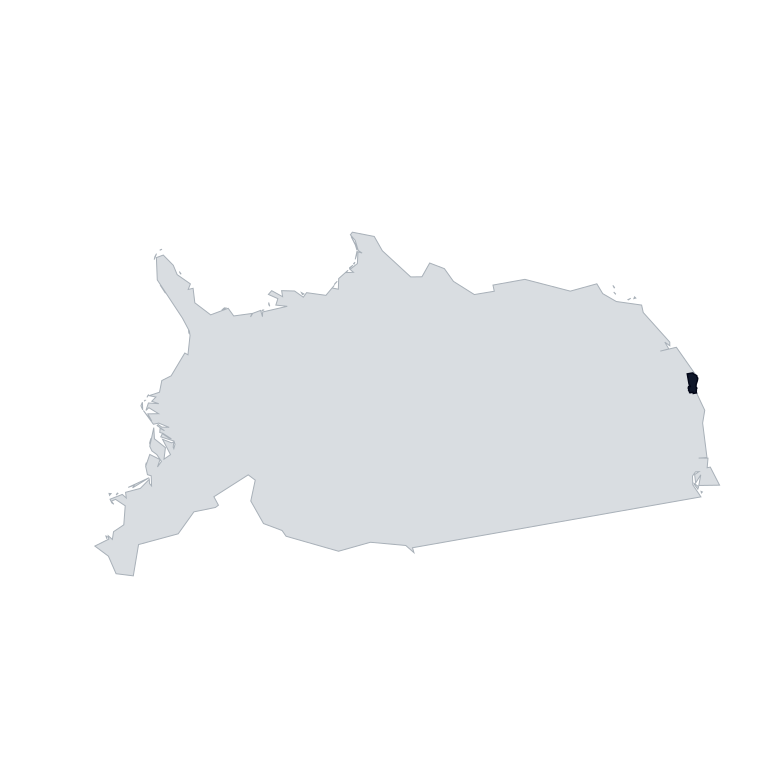 Humboldt, California, United States of America (highlighted), rotated 170°
{"feature_id": "52423323B26488914054819", "entity_name": "Humboldt", "entity_type": "district", "adm_level": 2, "iso_a3": "USA", "parent_name": "United States of America", "parent_adm1": "California", "projection": "natural_earth1", "projection_center": [-123.822, 40.734], "detail": "fine", "context": "in_parent", "style": "filled", "palette": "ink", "viewbox_px": 768, "rotation_deg": 170, "n_neighbors": 0, "source": "geoboundaries", "source_scale": "gbopen_adm2", "svg_char_len": 5304}
<svg xmlns="http://www.w3.org/2000/svg" viewBox="0 0 768 768"><g transform="rotate(170 384 384)"><path d="M612.7,272.2L653.6,268.5L664.2,238.6L680.8,243.7L685.3,262.3L696.9,274.6L682.0,279.0L681.9,282.4L678.5,278.1L676.0,285.5L664.7,290.5L660.0,309.0L668.4,317.0L672.8,316.0L671.0,312.5L672.7,314.2L673.8,318.1L660.9,320.7L657.6,316.5L657.3,322.2L642.1,323.5L631.7,330.9L632.2,326.7L630.6,324.0L629.2,334.0L632.7,335.8L633.0,344.3L626.9,355.3L617.7,348.5L621.5,341.6L616.6,346.4L620.0,354.0L624.2,358.4L625.5,363.3L618.3,381.0L619.6,369.9L610.3,359.3L613.7,348.2L606.5,351.5L611.7,368.0L603.5,363.0L601.0,363.5L602.6,358.4L602.2,356.8L600.3,360.9L600.7,364.3L613.0,370.7L610.9,373.6L605.0,367.9L602.9,366.9L610.3,373.8L613.2,375.2L612.2,379.3L608.3,376.1L614.6,382.4L613.4,383.3L610.3,380.1L603.1,378.6L612.6,384.6L618.1,384.4L625.6,399.7L619.2,387.9L621.8,395.6L611.2,393.9L619.7,401.5L623.0,399.3L619.3,406.2L609.2,403.7L615.7,407.3L610.9,410.8L617.3,413.3L606.5,414.9L602.2,426.0L592.2,429.0L574.8,449.1L572.0,446.8L566.6,465.4L566.5,469.9L571.1,484.0L589.2,525.9L586.2,548.0L579.0,549.3L570.9,537.5L568.7,527.6L557.3,516.2L560.4,511.1L555.4,511.4L556.2,496.8L542.7,482.2L524.3,485.6L520.2,477.1L501.8,476.4L503.8,473.2L500.9,476.4L492.7,477.9L492.0,471.4L491.0,476.0L465.8,477.3L476.8,480.5L473.7,486.5L482.3,492.3L478.4,495.4L468.7,487.6L468.6,493.7L455.9,491.1L448.4,483.5L444.4,487.4L425.8,481.4L415.8,489.8L418.3,487.5L412.5,485.3L410.3,495.7L399.6,502.3L402.1,500.3L394.7,499.3L397.5,502.8L389.3,507.2L386.7,518.6L382.8,516.8L386.2,519.9L387.4,530.4L391.2,536.8L388.8,539.0L368.0,531.0L362.5,515.5L339.1,484.8L328.0,483.0L318.0,495.2L304.5,487.1L297.8,473.0L279.5,456.4L259.3,456.2L259.5,462.5L227.1,462.6L184.4,443.1L157.0,445.7L152.9,435.0L140.9,424.9L116.6,417.0L116.3,409.4L95.3,375.6L95.9,372.0L100.2,376.5L97.4,369.1L106.2,368.4L89.7,369.4L75.0,337.9L77.8,321.1L72.7,302.4L77.0,290.2L78.7,255.5L87.0,256.4L77.8,254.7L80.3,245.4L77.1,245.5L71.1,226.1L91.6,229.4L87.8,239.6L94.3,232.4L93.8,240.9L89.0,243.0L92.5,243.4L96.2,239.8L97.4,231.1L91.5,217.8L384.4,217.8L383.8,212.7L390.6,221.2L424.9,230.5L457.8,227.2L506.9,251.1L509.8,257.4L526.9,267.5L535.5,291.9L527.5,311.7L533.5,318.1L571.1,302.5L568.1,293.4L571.4,291.7L593.4,291.1L612.7,272.2ZM647.4,327.7L653.9,326.6L631.5,332.5L649.6,325.4L647.4,327.7ZM93.2,226.0L96.0,231.5L95.9,232.3L92.0,228.2L93.2,226.0ZM390.8,535.0L387.5,525.7L387.4,520.5L388.1,526.0L390.8,535.0ZM683.8,279.7L684.3,282.6L683.1,282.0L683.8,279.7ZM448.8,486.2L449.5,488.4L447.3,486.6L448.8,486.2ZM126.1,425.6L128.8,424.4L129.1,424.7L126.1,425.6ZM123.1,424.7L122.1,426.3L121.1,424.9L123.1,424.7ZM667.1,321.1L665.6,322.9L665.0,322.5L667.1,321.1ZM388.7,515.6L387.4,519.8L390.7,511.7L388.7,515.6ZM583.8,512.1L587.3,520.3L583.3,511.3L583.8,512.1ZM140.5,432.4L141.8,434.7L140.3,432.6L140.5,432.4ZM587.5,549.2L585.4,551.9L588.7,546.4L587.5,549.2ZM627.2,404.8L625.1,408.0L626.1,400.4L627.2,404.8ZM90.3,221.6L90.4,223.2L89.2,222.4L90.3,221.6ZM397.7,504.5L393.9,506.4L397.8,503.8L397.7,504.5ZM673.6,322.0L673.8,324.0L671.8,323.5L673.6,322.0ZM140.6,438.7L141.5,441.4L140.2,439.0L140.6,438.7ZM393.0,507.9L391.4,509.0L392.7,507.3L393.0,507.9ZM625.0,366.7L623.0,371.0L625.1,365.1L625.0,366.7ZM414.7,491.6L412.2,493.3L415.8,490.4L414.7,491.6ZM567.3,467.5L567.2,471.0L566.7,468.6L567.3,467.5ZM618.3,413.9L617.5,414.5L619.8,412.0L618.3,413.9ZM531.0,484.9L528.0,486.7L526.7,486.3L531.0,484.9ZM491.4,477.3L490.9,477.9L489.1,477.8L491.4,477.3ZM565.3,527.9L566.0,530.3L564.7,527.4L565.3,527.9ZM483.7,482.1L483.4,484.3L483.0,480.4L483.7,482.1ZM581.0,555.0L579.2,555.3L581.6,554.6L581.0,555.0ZM632.7,345.8L631.7,347.9L632.8,344.9L632.7,345.8ZM623.2,408.7L622.2,409.5L621.9,409.4L623.2,408.7Z" fill="#d9dde1" stroke="#a8b0b8" stroke-width="1"/><path d="M85.1,325.0L85.0,324.7L84.8,324.5L84.8,324.3L84.6,324.2L84.7,323.7L84.6,323.4L84.5,323.1L84.3,322.9L84.3,322.6L84.4,322.4L84.2,322.3L84.1,322.2L82.3,322.2L81.1,322.2L81.1,321.0L79.8,321.0L77.8,321.0L77.9,321.4L77.8,322.3L77.7,322.7L77.5,323.5L77.4,324.1L77.4,324.3L77.2,324.8L77.0,325.5L76.9,325.5L76.7,325.6L76.8,325.8L76.8,326.1L76.8,326.3L76.9,326.6L76.9,326.8L76.9,326.7L77.0,326.7L77.1,326.8L77.3,327.1L77.2,327.6L77.0,328.5L76.8,329.2L76.6,329.6L76.3,330.2L76.0,330.7L75.8,331.2L75.3,331.9L75.1,332.5L74.9,332.8L74.5,333.7L74.4,334.1L74.3,334.4L74.3,334.6L74.2,334.9L74.0,335.2L74.0,335.3L74.1,335.5L74.3,335.8L74.5,336.2L74.5,336.5L74.6,336.8L74.7,337.0L74.5,337.5L74.6,337.9L74.7,338.0L74.9,338.1L75.0,338.2L75.3,338.5L75.7,338.8L76.0,339.0L76.5,339.6L77.0,339.7L77.3,339.9L77.6,340.3L77.7,341.0L77.8,341.1L78.1,341.2L78.3,341.3L83.6,341.3L83.6,340.9L83.6,340.3L83.6,339.5L83.6,338.6L83.6,337.6L83.6,336.2L83.6,335.0L83.6,333.9L83.6,333.2L83.6,332.5L83.6,331.7L83.6,331.2L83.5,330.9L83.5,330.7L83.4,330.4L83.5,330.3L83.5,330.2L83.4,330.1L83.3,329.9L83.3,329.7L83.1,329.4L83.0,329.2L82.9,329.0L82.9,328.9L82.8,328.7L82.7,328.5L82.8,328.4L82.9,328.5L83.1,328.5L83.1,328.4L83.3,328.4L83.4,328.2L83.5,328.2L83.6,328.4L83.9,328.5L84.1,328.6L84.3,328.6L84.3,328.4L84.5,328.3L84.7,328.1L84.7,327.9L84.8,327.8L84.9,327.6L84.9,327.4L85.0,327.3L85.1,327.2L84.9,326.9L84.9,326.6L84.6,326.5L84.5,326.4L84.6,326.2L84.8,326.0L84.9,325.7L84.8,325.4L84.9,325.2L85.1,325.0L85.1,325.0Z" fill="#0f172a" stroke="#020617" stroke-width="1.5"/></g></svg>